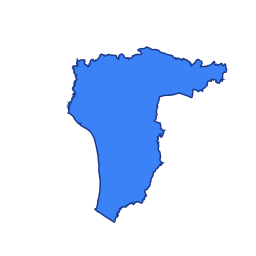 outline of Pati, Jawa Tengah, Indonesia, rotated 200°
{"feature_id": "22746128B37789509782125", "entity_name": "Pati", "entity_type": "district", "adm_level": 2, "iso_a3": "IDN", "parent_name": "Indonesia", "parent_adm1": "Jawa Tengah", "projection": "albers", "projection_center": [111.054, -6.706], "detail": "fine", "context": "isolated", "style": "filled", "palette": "blue", "viewbox_px": 256, "rotation_deg": 200, "n_neighbors": 0, "source": "geoboundaries", "source_scale": "gbopen_adm2", "svg_char_len": 5887}
<svg xmlns="http://www.w3.org/2000/svg" viewBox="0 0 256 256"><g transform="rotate(200 128 128)"><path d="M198.6,174.8L198.4,174.4L198.8,174.4L198.2,173.5L198.5,173.3L198.7,172.0L198.1,170.9L197.5,171.1L197.4,169.7L196.8,169.4L196.6,169.8L196.2,168.9L197.2,168.2L198.1,168.5L198.7,167.9L198.6,167.6L199.1,168.1L199.4,167.7L199.7,167.9L200.7,167.2L200.9,166.4L200.2,166.4L200.1,165.0L199.2,165.2L199.3,164.7L198.8,164.5L198.8,163.8L197.8,162.8L197.6,162.3L197.9,162.0L197.4,161.8L197.2,161.2L196.5,161.1L195.8,159.9L195.3,160.1L195.0,159.6L194.5,159.9L194.7,158.0L193.3,157.3L193.4,156.7L192.7,156.2L192.9,155.0L193.5,154.9L193.5,154.0L193.8,154.1L194.1,153.8L193.4,153.2L193.8,153.1L193.7,152.6L194.1,152.2L193.5,151.6L193.9,151.2L193.5,150.7L193.0,151.0L192.9,150.4L192.8,150.7L192.3,150.2L192.5,149.6L192.9,149.8L193.3,149.4L192.9,148.4L193.3,148.0L193.2,147.2L193.6,147.0L193.1,146.5L193.4,146.1L193.1,146.0L193.1,145.6L192.4,145.3L192.5,144.9L191.9,145.0L191.1,144.1L190.5,144.2L190.3,144.7L190.2,143.7L190.5,143.6L189.3,142.5L190.2,142.3L190.0,141.8L190.9,141.6L190.6,141.2L190.8,140.7L190.3,140.6L190.8,140.3L190.3,140.1L190.3,139.7L190.0,140.3L189.8,140.0L189.4,140.2L189.6,139.6L189.2,139.0L189.4,138.7L190.0,139.0L190.4,138.6L190.1,137.5L190.5,137.4L190.3,137.0L190.8,136.2L190.0,134.3L190.5,133.0L191.1,133.0L190.6,132.3L191.1,132.3L191.0,131.8L191.4,131.7L191.4,130.6L192.0,130.8L191.5,130.2L191.0,130.2L191.3,129.9L190.9,129.0L191.4,129.2L191.9,128.9L190.9,128.7L191.2,127.7L190.6,127.2L191.1,127.0L190.2,126.8L190.8,126.1L190.3,125.4L190.0,125.9L189.6,125.4L189.8,124.5L189.3,123.4L189.4,121.7L187.5,121.7L183.4,120.2L180.6,117.7L176.2,115.3L174.1,116.0L174.5,114.9L173.5,114.3L165.2,112.8L161.3,111.3L156.5,107.2L151.9,100.5L147.2,92.7L142.1,82.0L141.0,78.2L136.2,69.3L133.3,60.7L131.7,53.0L131.4,48.9L130.5,46.1L130.1,41.7L131.2,40.9L131.0,40.2L128.3,39.2L124.1,38.5L120.8,37.5L110.0,35.1L109.5,34.7L108.6,35.0L108.6,37.5L109.0,39.2L108.3,40.6L107.7,40.7L107.6,41.3L108.3,41.5L107.6,42.2L108.3,42.3L108.2,42.9L109.1,42.9L109.3,43.5L108.0,44.4L108.3,44.8L107.7,45.9L108.3,46.2L107.8,46.5L107.4,48.5L108.3,49.3L108.0,49.7L107.0,50.0L107.3,50.6L106.7,50.9L106.7,51.9L105.8,51.7L105.7,51.4L105.6,52.1L104.6,52.8L103.0,52.9L102.7,53.7L103.0,53.9L103.3,53.6L103.4,53.9L102.0,54.8L102.4,55.0L102.3,55.4L100.8,56.8L100.8,57.6L99.7,57.8L99.4,58.5L98.9,58.6L98.6,59.1L98.6,58.5L98.1,58.7L96.8,58.0L96.1,59.3L96.0,60.4L95.6,60.5L94.4,61.9L91.4,62.2L89.8,61.9L89.1,63.1L89.1,64.9L89.4,65.0L88.8,67.3L88.3,67.0L88.7,68.9L87.9,69.8L88.4,70.3L87.8,71.0L88.6,71.4L88.7,71.9L89.6,72.2L89.8,73.3L90.6,74.4L90.8,75.9L89.5,76.4L88.9,77.2L88.6,79.3L88.1,79.8L87.9,81.2L87.8,82.3L88.6,84.6L88.2,85.8L89.0,87.6L88.3,91.8L89.0,94.8L87.7,96.6L87.6,99.2L86.3,100.6L85.9,102.2L86.1,103.3L84.2,104.4L84.1,104.8L85.1,104.6L85.3,104.9L83.2,107.2L83.9,107.2L84.6,106.7L84.9,107.3L86.8,108.3L87.3,109.8L87.5,112.0L89.8,116.2L92.0,117.9L92.7,119.1L92.7,120.6L93.4,121.3L93.1,122.1L93.8,122.7L94.3,124.8L94.8,124.2L95.5,125.3L95.9,125.1L96.2,125.6L95.9,125.9L96.1,126.5L95.7,128.0L96.0,128.6L97.0,128.9L97.1,129.4L96.2,130.5L96.4,131.0L95.9,131.5L96.1,131.9L95.8,132.2L96.3,132.4L96.2,132.7L95.8,132.7L95.2,133.4L95.2,132.6L94.6,132.2L94.2,130.8L93.3,131.2L92.9,133.1L92.9,136.1L93.1,136.7L94.2,137.3L93.3,138.1L95.2,137.9L96.0,138.5L97.3,138.6L98.0,141.6L99.2,142.4L99.4,143.6L104.1,143.3L105.7,143.8L104.9,145.7L105.3,148.4L105.7,148.9L105.3,150.1L105.5,150.9L106.4,151.8L107.5,155.1L107.3,158.3L108.4,158.7L108.4,164.6L109.2,168.0L104.6,171.3L100.0,173.1L96.9,174.7L91.9,178.4L91.7,177.9L91.7,178.4L83.1,178.6L79.3,178.2L78.4,178.6L78.8,181.7L79.8,185.0L79.9,186.6L79.2,186.9L77.1,187.0L74.3,186.3L73.3,188.1L71.1,188.3L70.6,188.1L70.6,188.9L71.4,189.8L70.1,191.4L68.2,195.2L69.1,198.7L67.9,200.1L65.8,200.5L66.5,202.3L64.3,202.2L63.8,203.1L61.8,203.1L61.3,202.7L61.4,201.5L59.3,200.8L58.7,201.5L57.6,201.5L57.9,201.9L57.7,202.9L57.0,203.2L57.3,205.2L55.6,204.4L55.6,205.9L55.2,206.2L56.4,206.2L56.3,207.7L57.3,210.0L57.3,212.3L56.7,213.3L55.3,213.8L55.1,214.8L55.5,217.1L56.7,217.8L57.5,220.2L58.7,221.3L59.8,219.1L60.3,218.9L61.5,220.5L62.3,220.7L63.7,218.9L64.7,218.4L65.2,217.4L66.8,218.1L67.2,217.5L68.2,217.1L69.1,218.9L68.9,219.4L70.0,219.9L71.5,216.2L73.0,214.6L74.4,213.9L75.2,212.5L76.7,212.5L77.5,211.7L80.8,210.5L80.5,214.0L81.2,215.4L85.4,216.5L86.9,215.2L87.3,212.6L88.9,209.5L89.5,209.5L90.0,208.1L90.5,208.5L90.2,209.5L91.7,210.0L91.7,210.7L92.7,210.6L93.3,211.4L94.4,211.2L95.4,212.0L96.0,212.1L96.5,211.5L97.6,212.1L98.1,211.9L99.4,212.3L99.8,212.3L100.0,211.3L100.9,210.9L100.2,210.3L100.5,209.9L101.2,210.8L101.8,210.9L103.6,210.6L104.7,210.9L105.2,210.5L105.3,209.4L107.0,210.2L106.9,209.2L107.1,209.0L107.8,209.6L109.7,209.9L110.3,210.8L111.8,211.1L116.6,210.4L119.1,210.7L121.3,210.3L124.2,210.5L125.5,211.4L126.7,211.5L129.4,211.0L132.1,209.8L134.6,210.4L138.2,210.5L140.0,208.0L142.0,207.4L144.5,206.0L145.3,204.7L144.2,204.1L142.9,204.6L142.8,204.0L140.9,203.1L140.7,202.1L142.5,200.7L144.6,200.5L145.3,199.5L146.6,199.2L147.3,197.7L148.1,197.4L147.8,197.1L149.1,194.8L151.0,193.8L150.8,192.8L152.2,193.2L152.6,193.4L152.2,193.4L152.3,193.9L153.9,192.9L155.4,193.0L156.2,194.1L157.7,195.2L159.5,195.3L160.7,194.0L160.8,192.8L161.3,192.2L161.1,191.2L160.2,189.9L160.6,189.1L161.3,189.8L163.2,190.6L164.0,192.0L169.2,190.6L171.5,190.5L173.6,188.3L174.7,188.4L174.7,187.8L175.7,188.3L178.3,188.3L179.2,186.9L179.0,185.4L179.8,182.5L180.3,181.7L181.5,180.9L181.3,180.1L182.3,179.8L182.5,179.2L183.5,179.5L184.0,180.4L185.6,179.9L185.6,179.0L186.1,178.5L186.2,177.3L185.7,175.0L186.3,174.7L185.9,173.6L186.3,173.2L185.9,172.5L186.5,171.9L187.2,172.6L187.7,172.5L187.9,172.9L190.9,173.3L191.2,174.0L191.0,174.3L191.4,175.3L191.2,175.7L191.8,176.0L191.9,176.8L192.7,177.1L195.7,175.7L196.8,174.3L197.7,174.3L198.6,174.8Z" fill="#3b82f6" stroke="#1e3a8a" stroke-width="1.5"/></g></svg>